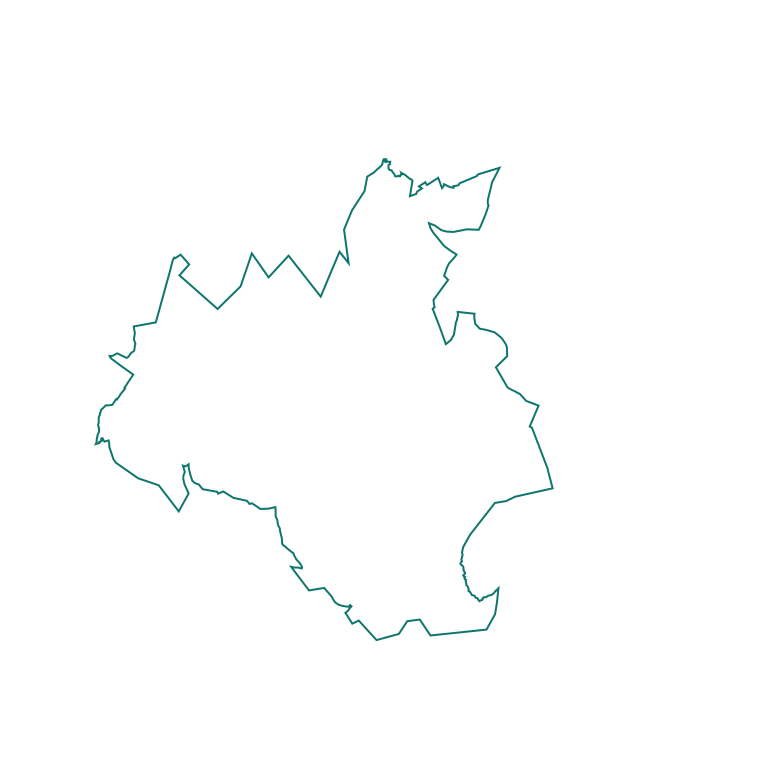 Zaragoza, San Luis Potosí, Mexico (Albers equal-area conic projection), rotated 42°
{"feature_id": "50627088B75959803312222", "entity_name": "Zaragoza", "entity_type": "district", "adm_level": 2, "iso_a3": "MEX", "parent_name": "Mexico", "parent_adm1": "San Luis Potosí", "projection": "albers", "projection_center": [-100.697, 22.039], "detail": "fine", "context": "isolated", "style": "outline", "palette": "teal", "viewbox_px": 768, "rotation_deg": 42, "n_neighbors": 0, "source": "geoboundaries", "source_scale": "gbopen_adm2", "svg_char_len": 6117}
<svg xmlns="http://www.w3.org/2000/svg" viewBox="0 0 768 768"><g transform="rotate(42 384 384)"><path d="M624.5,497.9L620.6,480.8L614.3,471.0L605.7,459.2L605.6,460.3L605.9,460.9L605.8,461.9L605.5,462.1L605.5,462.7L605.5,463.3L605.2,463.9L605.6,464.8L605.5,466.6L605.3,467.8L604.9,469.1L603.8,470.6L603.1,471.6L602.7,473.0L602.3,474.4L600.9,475.6L601.0,476.4L600.6,477.2L601.4,477.9L601.4,479.0L601.0,479.5L600.4,480.6L600.3,481.5L599.1,481.5L597.9,481.0L596.4,480.7L596.1,481.1L595.1,481.5L593.8,481.1L593.2,480.7L592.0,481.3L590.6,482.0L588.5,481.4L586.8,480.8L586.0,481.3L585.2,481.2L584.9,480.5L584.1,479.8L581.7,478.5L579.7,478.3L578.8,477.2L577.8,476.9L577.2,475.9L576.4,475.7L575.9,474.7L575.2,474.9L574.2,474.8L573.6,474.5L573.5,473.1L571.6,473.4L570.9,473.2L570.9,471.8L571.2,470.9L570.5,469.9L569.3,469.7L567.6,469.1L566.5,467.9L565.4,466.9L564.6,466.7L563.3,466.6L563.1,466.6L562.9,466.7L561.8,466.8L560.9,466.3L560.6,465.5L560.6,463.6L559.0,462.8L558.4,461.6L558.0,460.8L557.6,460.2L556.8,458.4L554.7,457.0L552.0,452.3L548.8,438.3L546.0,398.2L553.1,389.3L556.8,380.1L579.1,348.7L561.4,337.0L523.3,317.5L520.8,318.1L519.7,315.1L517.6,308.9L516.7,306.4L513.4,296.6L501.1,301.4L491.6,300.5L479.2,303.8L477.8,303.8L456.0,296.7L456.9,280.9L450.6,274.3L448.3,273.1L442.6,271.5L439.7,271.1L431.6,271.6L423.7,275.4L418.2,278.8L411.5,278.2L406.0,273.7L404.3,271.2L390.5,281.1L392.2,282.7L392.9,283.3L393.1,283.6L393.8,285.1L395.5,287.8L396.4,290.5L396.7,290.9L396.8,291.0L397.5,292.0L398.1,293.1L398.4,293.5L402.9,300.4L404.3,306.5L403.3,313.0L388.1,304.8L369.8,295.5L370.2,293.0L367.8,291.4L364.5,288.3L362.0,263.7L356.3,263.4L352.8,255.1L351.6,250.8L351.7,244.2L351.4,239.6L351.3,239.2L344.0,240.5L336.2,241.2L320.1,238.7L314.5,237.2L309.8,234.4L315.7,232.2L323.5,231.3L325.5,230.4L326.3,230.1L327.0,229.6L328.3,229.0L333.9,224.5L342.1,213.6L351.2,206.0L350.3,202.3L345.7,189.3L342.2,181.3L341.9,181.2L340.8,180.7L338.9,178.9L337.5,176.8L329.4,161.8L329.0,160.4L325.2,146.1L313.6,165.3L313.8,167.5L305.9,184.2L306.3,186.6L303.1,190.8L304.3,191.8L301.3,193.5L294.9,195.4L295.8,197.0L296.0,199.6L286.3,194.5L282.9,207.3L282.0,207.2L280.5,206.8L279.7,206.4L277.8,213.8L281.3,213.3L279.9,218.6L280.7,221.3L277.6,227.1L269.1,213.8L267.2,213.7L266.5,214.0L265.6,214.3L259.8,214.5L257.7,214.9L257.0,215.3L255.7,215.5L257.0,216.1L256.4,216.8L256.8,217.4L256.4,218.2L256.9,218.9L256.5,219.3L255.9,219.7L255.4,219.8L254.8,220.3L254.8,220.8L254.4,221.3L253.7,222.0L253.0,222.1L251.8,221.4L250.9,221.1L250.4,221.1L249.5,220.8L248.9,220.8L246.5,220.2L245.1,221.2L243.4,220.9L243.0,220.7L241.7,219.3L240.8,218.3L241.3,216.5L241.0,216.0L240.5,215.6L239.9,214.7L238.3,216.2L236.6,216.4L237.0,217.8L236.4,218.1L235.7,217.9L235.3,217.6L235.2,216.8L235.2,215.7L234.9,215.9L233.7,216.8L233.5,217.0L233.5,217.4L233.8,218.6L235.7,221.9L235.9,223.8L235.7,226.9L235.4,227.8L235.0,233.4L232.8,241.1L240.4,253.6L244.1,276.6L251.0,296.0L276.8,317.9L262.5,315.5L269.4,335.4L278.5,361.4L227.2,352.5L226.9,382.0L198.4,375.4L212.1,407.4L210.1,439.6L159.3,440.1L159.2,425.5L158.6,425.4L158.3,425.4L157.6,425.3L157.3,425.3L156.5,425.2L156.0,425.1L155.7,425.1L155.4,425.1L154.6,425.0L154.3,424.9L153.9,424.9L152.6,424.7L152.1,424.7L150.9,424.5L150.3,424.4L150.0,424.4L146.9,424.1L146.3,424.0L144.7,430.2L144.0,430.2L143.5,430.4L144.2,433.4L149.3,443.1L150.6,445.7L173.2,490.9L159.5,508.7L164.9,513.0L168.2,518.1L172.4,520.5L173.2,522.1L175.9,526.1L176.1,526.9L175.8,528.3L175.3,529.7L175.6,532.9L175.8,534.9L175.6,536.0L175.4,536.6L175.1,536.9L173.7,537.3L172.2,537.7L170.3,538.3L169.2,538.7L165.3,539.7L164.5,541.6L164.1,542.9L163.5,544.7L161.9,546.3L161.2,546.7L161.2,546.9L164.3,547.6L175.8,546.6L191.3,544.8L191.8,547.8L192.5,552.6L192.7,554.3L193.0,555.9L193.4,558.6L193.6,559.9L193.7,560.6L194.7,560.7L195.0,567.6L195.6,571.2L195.9,574.2L195.1,574.3L196.0,581.3L195.2,582.1L194.3,583.5L192.5,585.1L191.9,585.7L191.5,586.3L191.3,590.6L191.0,591.8L191.4,593.4L192.2,594.3L192.6,595.9L192.8,596.3L193.5,597.0L193.8,597.7L193.9,598.8L194.6,599.8L194.9,600.4L197.7,603.4L198.3,604.6L199.0,605.9L201.4,607.3L201.9,607.8L202.0,607.7L203.6,609.4L204.0,609.9L204.2,610.4L204.7,611.8L205.2,613.5L205.4,613.8L206.0,614.3L206.3,615.1L206.3,615.3L206.6,615.8L206.7,616.0L207.9,617.8L208.4,618.4L208.9,619.0L209.3,619.5L209.5,619.9L210.0,621.5L211.9,618.6L211.7,618.4L211.5,618.1L211.1,617.6L211.6,617.0L211.5,616.9L212.1,616.1L212.3,615.8L212.3,615.7L212.0,614.7L211.7,614.1L211.1,614.6L210.5,613.8L210.3,613.5L211.4,612.6L211.9,613.0L214.8,613.9L217.1,610.2L219.5,612.0L222.2,614.7L233.2,620.9L237.5,621.9L264.3,618.6L284.4,610.0L316.7,616.0L312.1,596.1L302.8,592.0L298.6,589.0L297.2,587.6L296.2,586.1L294.8,582.6L289.2,579.2L291.7,577.9L292.5,574.4L295.2,577.2L300.9,581.1L306.1,584.1L309.7,584.2L313.5,582.6L319.7,583.5L332.2,575.7L334.0,576.5L336.5,571.4L348.2,569.4L360.4,562.5L364.3,563.1L365.7,561.0L373.7,559.8L375.6,559.7L381.7,553.8L385.6,548.2L387.1,549.5L387.4,549.8L388.0,550.3L388.5,551.1L389.1,551.6L389.7,552.3L390.1,552.8L390.6,553.3L392.1,554.9L392.6,555.2L393.5,555.6L394.4,555.9L395.5,556.4L396.3,556.9L397.2,557.9L398.0,558.4L398.9,559.2L399.8,559.8L401.2,560.3L402.4,560.7L403.2,561.1L404.3,562.1L405.0,562.6L405.5,563.1L406.1,563.5L406.9,564.0L408.4,565.1L409.7,565.9L410.9,566.7L413.7,569.2L414.7,570.2L415.0,570.7L415.4,570.9L416.7,571.3L418.1,571.0L418.7,570.9L419.1,570.9L419.6,570.9L420.3,570.9L421.7,571.0L423.5,570.9L427.2,570.7L427.5,570.7L428.6,570.6L428.9,570.5L429.2,570.5L429.6,570.3L430.5,570.8L431.8,571.4L433.2,572.0L433.5,572.0L434.1,572.2L434.7,572.5L434.9,572.6L435.0,572.6L435.3,572.7L435.8,572.9L441.9,573.6L445.2,574.7L445.9,575.2L446.0,575.7L446.3,576.1L445.7,576.5L444.7,577.0L444.1,577.3L443.5,577.5L440.6,580.0L440.4,580.2L437.4,582.0L466.4,587.6L476.0,575.6L487.7,577.0L490.0,578.0L492.1,578.6L494.0,578.9L495.6,578.8L497.7,578.4L499.3,577.8L501.2,576.9L503.8,575.3L505.4,574.2L506.8,573.2L506.8,571.0L508.6,571.0L508.6,574.0L509.0,576.7L508.4,579.8L520.8,583.3L523.5,576.7L549.8,579.3L562.3,559.8L560.0,544.7L568.2,535.1L586.8,539.8L624.5,497.9Z" fill="none" stroke="#0f766e" stroke-width="2"/></g></svg>